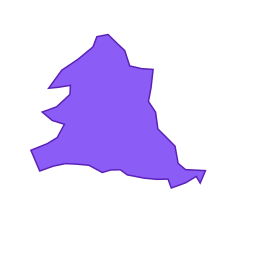 outline of Skylloura, Cyprus, rotated 295°
{"feature_id": "46923920B82441247909764", "entity_name": "Skylloura", "entity_type": "district", "adm_level": 2, "iso_a3": "CYP", "parent_name": "Cyprus", "parent_adm1": "", "projection": "albers", "projection_center": [33.163, 35.228], "detail": "fine", "context": "isolated", "style": "filled", "palette": "violet", "viewbox_px": 256, "rotation_deg": 295, "n_neighbors": 0, "source": "geoboundaries", "source_scale": "gbopen_adm2", "svg_char_len": 708}
<svg xmlns="http://www.w3.org/2000/svg" viewBox="0 0 256 256"><g transform="rotate(295 128 128)"><path d="M108.6,216.7L122.1,216.2L114.6,197.7L117.1,188.4L131.4,178.3L136.4,164.8L139.7,155.5L154.0,146.3L160.7,135.3L174.1,131.9L191.7,126.0L187.5,115.1L185.0,103.3L196.8,92.3L200.1,82.2L204.3,70.4L197.6,61.2L186.7,62.0L169.1,53.6L152.3,43.5L130.5,39.3L135.5,47.7L142.3,57.8L133.9,61.2L117.1,54.4L108.5,45.8L106.2,43.5L102.8,56.1L104.5,68.8L89.4,67.9L79.4,61.2L66.8,49.4L51.7,66.2L61.8,76.3L69.3,86.4L73.5,96.6L77.7,108.3L76.8,123.5L82.7,130.2L86.9,138.7L85.2,147.1L89.4,163.9L93.6,175.7L98.6,185.9L91.9,192.6L102.8,203.5L112.9,210.3L108.6,216.7Z" fill="#8b5cf6" stroke="#5b21b6" stroke-width="1.5"/></g></svg>